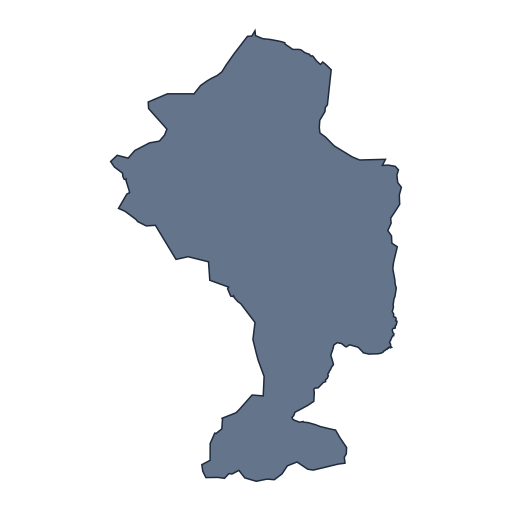 outline of Livadi, Paphos, Cyprus
{"feature_id": "46923920B69723035623525", "entity_name": "Livadi", "entity_type": "district", "adm_level": 2, "iso_a3": "CYP", "parent_name": "Cyprus", "parent_adm1": "Paphos", "projection": "robinson", "projection_center": [32.608, 35.096], "detail": "fine", "context": "isolated", "style": "filled", "palette": "slate", "viewbox_px": 512, "rotation_deg": 0, "n_neighbors": 0, "source": "geoboundaries", "source_scale": "gbopen_adm2", "svg_char_len": 3069}
<svg xmlns="http://www.w3.org/2000/svg" viewBox="0 0 512 512"><path d="M284.8,42.7L281.5,41.7L277.5,40.8L273.6,40.1L269.8,39.4L262.9,38.7L258.9,37.1L255.5,35.6L255.1,31.4L255.0,30.7L251.8,36.1L248.0,36.3L247.5,36.3L233.9,54.0L226.2,64.9L221.9,71.8L217.4,75.4L211.9,78.1L207.4,80.7L200.6,85.5L193.9,94.0L192.7,93.8L167.4,93.8L148.2,102.0L148.6,108.6L166.9,129.1L164.6,135.1L164.4,135.3L164.1,135.6L159.4,141.1L149.4,142.9L134.8,150.5L128.2,158.1L117.2,155.3L110.6,161.5L114.3,166.9L122.5,173.2L122.9,176.6L124.1,179.2L125.3,179.5L126.1,179.0L126.0,180.5L129.2,190.8L129.5,192.7L126.8,194.1L118.5,208.4L118.9,208.6L124.9,211.2L135.9,219.4L137.7,221.6L146.2,225.9L155.4,225.3L176.0,259.4L188.1,256.7L208.5,261.8L209.8,280.3L228.6,287.1L227.6,288.7L230.7,296.1L233.0,296.5L233.6,295.8L234.4,297.8L237.9,301.7L240.7,303.6L255.0,322.5L252.9,339.5L256.2,352.9L258.1,360.1L264.1,376.4L263.7,385.5L263.2,395.9L252.1,395.0L239.4,409.4L235.9,412.8L222.0,418.3L222.5,419.1L221.8,428.9L216.2,433.4L214.8,433.1L210.2,443.4L210.1,460.3L201.8,464.7L202.8,471.3L205.9,477.6L217.8,477.4L224.5,478.3L228.9,473.6L232.0,474.0L238.9,470.4L244.8,477.9L256.3,481.3L267.0,479.1L274.3,479.7L282.0,473.9L287.4,465.8L297.0,462.0L307.7,469.2L313.2,470.1L326.6,466.9L338.1,464.1L345.0,463.2L344.3,457.2L346.3,453.9L346.6,447.5L340.3,438.3L335.5,430.0L332.6,429.5L320.4,426.6L315.2,424.6L308.0,422.6L303.9,422.2L303.1,421.5L300.9,422.0L299.0,422.1L296.9,421.1L295.2,420.6L292.8,419.3L292.0,417.3L293.7,415.7L295.0,412.2L301.1,409.0L308.4,405.0L311.1,403.1L313.8,401.4L314.3,392.2L313.7,389.7L314.7,388.2L318.2,387.8L323.4,382.4L325.7,381.6L325.5,379.7L327.2,378.5L328.3,375.9L327.8,374.2L328.3,373.1L328.9,372.6L329.4,370.9L330.4,369.9L331.5,367.1L333.0,365.3L333.4,364.7L333.3,363.6L330.8,355.1L333.1,348.5L333.8,345.1L337.2,342.6L339.6,343.2L341.5,343.5L345.3,346.5L346.2,346.9L349.7,344.8L355.2,346.4L358.2,347.3L363.4,352.7L363.4,352.8L368.9,354.1L370.9,354.0L378.0,353.8L381.0,353.2L381.5,352.9L383.0,352.2L383.9,351.0L385.1,350.5L386.3,349.2L387.0,349.3L387.6,348.7L388.5,348.1L388.3,347.6L388.9,347.2L390.6,347.8L391.7,347.3L390.6,346.3L390.6,344.2L389.5,342.3L390.6,340.4L391.0,339.2L392.6,335.9L393.6,335.8L394.0,333.9L392.7,332.3L392.3,329.5L393.3,328.3L394.7,328.3L395.3,327.9L395.1,326.1L396.2,325.0L397.0,321.8L396.8,321.0L395.8,321.0L395.7,320.0L396.2,318.9L395.6,317.4L393.6,316.8L393.7,314.0L392.2,311.7L393.5,307.1L393.1,305.1L394.0,298.8L394.9,296.8L396.3,288.0L395.2,284.4L394.8,279.6L392.8,268.7L393.6,262.2L397.3,246.8L391.9,243.2L391.5,235.9L387.8,230.6L391.1,223.3L390.7,218.1L394.8,212.0L399.7,204.3L399.3,195.0L401.4,187.3L397.7,182.5L396.9,174.8L398.5,169.9L395.2,166.3L388.2,165.1L382.4,165.4L385.5,159.3L359.7,160.0L352.6,157.1L348.9,154.9L334.2,145.9L325.5,137.1L319.9,132.9L319.3,127.3L319.8,120.2L325.0,111.5L325.3,107.5L327.4,104.8L328.1,98.4L331.2,69.8L325.6,64.3L322.7,62.0L320.4,64.5L316.3,60.7L313.4,56.7L312.3,55.8L310.5,56.0L309.6,54.4L304.8,52.7L301.3,50.0L299.0,49.4L292.8,49.4L285.0,44.1L284.8,42.7Z" fill="#64748b" stroke="#1e293b" stroke-width="1.5"/></svg>